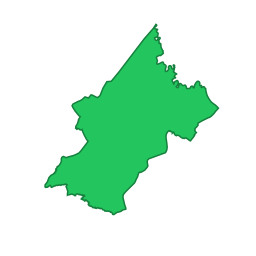 Lam Thamenchai, Nakhon Ratchasima, Thailand, rotated 39°
{"feature_id": "78962969B38997993614203", "entity_name": "Lam Thamenchai", "entity_type": "district", "adm_level": 2, "iso_a3": "THA", "parent_name": "Thailand", "parent_adm1": "Nakhon Ratchasima", "projection": "robinson", "projection_center": [102.907, 15.286], "detail": "fine", "context": "isolated", "style": "filled", "palette": "green", "viewbox_px": 256, "rotation_deg": 39, "n_neighbors": 0, "source": "geoboundaries", "source_scale": "gbopen_adm2", "svg_char_len": 5807}
<svg xmlns="http://www.w3.org/2000/svg" viewBox="0 0 256 256"><g transform="rotate(39 128 128)"><path d="M101.2,226.1L102.7,224.6L103.6,221.6L104.7,221.7L105.6,222.4L105.9,222.3L107.3,219.5L108.0,218.6L108.2,217.8L109.4,217.0L109.6,216.2L110.1,216.1L110.3,215.6L111.5,215.1L111.5,214.7L112.1,214.4L112.2,213.7L112.4,213.3L112.9,213.2L114.0,212.4L114.2,211.7L114.8,210.8L115.5,210.9L115.8,210.5L116.5,210.5L116.6,212.4L117.0,212.7L118.0,213.1L121.5,215.5L121.6,215.9L122.2,217.1L123.2,218.3L123.3,218.0L124.2,217.1L124.5,216.5L124.9,216.2L125.1,215.6L125.8,214.9L127.0,214.3L127.4,214.3L127.9,214.1L127.9,213.9L129.1,214.1L129.8,213.6L129.5,213.1L129.4,212.3L129.9,211.1L132.1,210.6L132.2,210.4L132.3,209.7L133.3,209.8L133.8,209.4L134.7,209.4L134.7,208.9L134.9,208.9L135.0,208.4L136.4,207.8L136.8,208.0L136.2,208.3L136.0,208.6L136.6,208.6L136.2,209.1L136.6,209.2L136.6,210.0L136.9,210.6L136.6,210.7L136.4,211.7L136.1,212.0L136.5,212.6L136.7,212.4L137.5,212.4L137.8,212.0L138.5,212.1L138.8,211.8L139.3,211.8L140.2,212.1L140.4,211.8L140.1,211.4L140.3,211.2L140.2,210.8L140.6,210.4L141.4,210.8L141.9,210.4L143.0,210.3L143.3,210.7L144.5,210.3L144.9,210.6L145.0,212.0L145.3,212.5L145.6,212.6L145.9,212.4L146.6,212.8L147.1,212.8L147.3,212.3L148.4,212.3L148.6,212.2L148.6,211.8L148.8,211.7L150.9,212.0L151.5,211.4L151.8,211.3L152.4,210.4L152.6,210.7L152.8,210.4L153.2,210.4L153.4,210.6L153.8,210.2L154.3,210.1L154.3,209.7L154.8,208.7L155.9,208.7L156.4,208.3L157.2,208.2L157.5,207.3L159.3,207.2L159.9,207.4L161.5,206.7L162.3,207.1L163.0,206.4L163.4,206.4L163.9,206.0L164.9,205.0L165.7,204.8L166.0,204.5L166.4,204.5L167.2,204.2L167.6,204.4L168.1,203.9L168.9,203.9L170.4,204.7L171.1,204.5L171.5,204.1L172.3,201.3L172.8,200.2L174.3,198.3L175.0,197.0L175.6,194.8L177.4,192.5L176.7,191.6L173.9,189.9L168.1,185.4L167.0,184.1L166.6,183.3L166.3,182.2L166.2,181.0L166.4,177.8L167.6,166.9L167.4,165.1L166.7,162.9L166.1,159.8L164.9,157.0L164.6,155.5L164.7,155.1L165.6,154.7L166.0,154.1L167.5,150.4L167.6,149.6L167.6,146.1L167.5,145.4L167.3,145.0L164.3,142.3L163.8,141.5L163.4,140.6L163.5,138.9L172.6,123.7L172.5,122.6L172.0,120.8L171.3,119.5L170.4,118.1L167.1,114.8L163.4,111.4L162.0,109.3L161.4,107.6L161.3,105.6L161.5,104.2L162.9,104.2L162.9,103.7L163.0,103.6L165.1,103.5L165.7,104.2L165.8,103.5L166.2,102.5L167.9,103.5L168.9,103.8L170.4,103.6L170.6,102.7L172.7,101.8L175.0,101.9L177.2,101.5L177.5,101.3L177.7,100.7L178.6,100.5L178.9,99.3L182.4,98.9L183.6,99.1L184.7,98.6L184.6,97.4L184.6,94.1L184.4,91.9L183.9,91.8L183.9,91.7L184.0,88.5L182.5,88.4L182.2,88.1L181.4,87.9L181.2,87.2L180.4,86.2L180.7,84.1L180.7,81.9L179.4,80.2L181.0,75.9L183.9,69.6L184.8,68.2L185.3,66.3L185.7,62.9L185.6,59.9L185.8,55.7L184.1,55.4L181.7,55.2L178.7,55.4L176.4,55.4L174.2,54.9L171.5,54.0L168.8,52.8L165.5,50.4L163.5,48.5L163.0,48.7L161.7,48.1L161.1,48.1L160.7,48.4L159.8,50.1L159.4,50.3L159.2,50.1L158.9,49.1L158.5,48.9L158.2,48.8L157.2,49.6L156.8,49.6L156.4,49.3L155.9,48.3L155.5,47.9L154.8,47.4L153.8,47.3L153.1,47.5L152.5,48.1L152.3,50.0L152.7,52.5L153.2,53.7L153.9,54.6L153.9,55.3L153.4,55.6L152.0,54.9L151.3,55.2L150.8,56.2L151.0,57.2L151.0,58.3L150.6,58.9L149.1,60.2L148.8,60.3L148.3,60.1L146.8,58.9L145.6,58.7L145.3,58.7L144.3,60.1L143.7,60.5L143.0,60.6L141.4,60.3L140.6,60.5L140.3,61.0L140.2,61.7L141.2,63.8L141.4,65.1L141.1,65.5L139.8,65.7L139.4,65.6L139.3,65.2L139.6,63.7L139.0,61.9L138.6,61.0L137.2,60.1L136.5,60.1L136.1,60.4L135.2,62.6L135.2,63.6L136.0,64.6L136.0,65.1L135.7,65.1L134.6,64.2L133.3,63.9L132.7,63.5L131.9,62.6L131.8,62.2L132.5,61.2L132.3,60.4L132.4,60.1L133.2,59.5L133.3,59.1L133.2,58.9L131.7,58.7L131.1,57.8L131.8,55.4L131.5,55.3L130.4,55.7L128.9,55.5L128.2,55.9L127.8,55.7L127.3,53.7L126.4,52.3L126.3,51.6L125.7,51.3L125.1,50.3L124.6,50.0L123.8,50.2L123.7,50.4L123.7,50.8L125.6,51.7L126.0,53.3L125.9,53.8L125.5,54.2L124.8,54.2L123.7,53.2L122.4,52.8L121.4,53.1L120.9,53.9L120.9,54.8L121.2,55.5L121.6,55.9L122.4,56.1L122.6,56.5L122.7,59.0L121.8,60.3L121.2,60.2L120.5,59.5L119.0,56.4L118.4,55.7L117.6,55.5L115.8,55.8L115.2,55.6L114.5,55.0L113.8,54.8L113.2,55.1L112.0,57.8L111.1,59.4L110.6,59.9L110.0,60.0L109.4,59.4L108.9,57.8L108.4,57.1L106.2,55.8L105.7,55.3L105.6,54.8L105.8,53.8L106.7,51.9L107.9,51.0L107.9,50.1L108.2,49.5L108.2,48.7L108.5,48.0L108.4,47.6L107.4,47.1L107.0,46.3L106.5,45.9L105.4,45.7L102.7,44.3L100.6,42.0L99.8,41.9L99.0,42.6L98.6,42.6L98.1,41.6L96.7,40.5L96.7,38.8L96.4,37.9L96.2,37.7L95.7,37.7L94.4,38.9L94.5,39.2L95.1,39.5L95.3,39.8L95.4,41.3L95.2,42.0L94.7,42.2L93.7,42.3L92.4,41.7L92.0,41.3L92.0,40.9L92.8,39.9L93.4,38.1L92.0,35.7L91.2,35.2L89.8,35.3L89.4,35.0L89.0,34.4L89.1,33.2L88.9,32.8L88.4,32.9L87.1,33.8L86.4,33.7L85.8,33.4L85.4,33.1L85.4,32.7L85.8,31.3L85.8,30.2L85.4,29.9L84.5,29.9L85.0,34.7L84.5,48.3L85.7,90.0L85.6,101.0L85.6,102.0L85.2,102.6L82.4,105.3L83.5,112.7L85.6,119.5L85.8,120.2L85.8,121.0L85.4,122.8L85.0,123.5L84.4,123.9L79.9,124.8L78.4,125.5L78.4,129.5L75.0,130.9L74.4,134.7L73.8,136.5L72.3,139.2L70.2,143.9L70.5,145.9L72.4,146.8L76.2,148.1L82.0,149.3L83.7,149.2L84.4,153.1L84.8,153.2L86.1,157.0L86.3,157.6L86.2,158.5L86.5,159.6L87.4,161.0L87.8,160.6L88.3,160.7L88.6,161.2L89.1,161.2L89.3,160.7L89.3,159.9L89.9,159.8L90.1,159.6L91.8,159.6L92.0,159.3L92.6,159.2L93.2,158.7L93.3,158.1L95.2,159.4L98.8,161.2L103.1,163.0L105.3,163.5L105.5,165.5L105.8,175.4L105.6,178.3L103.9,182.0L102.8,183.9L99.2,188.9L98.9,189.6L98.7,189.9L95.7,190.8L95.2,191.8L95.1,192.4L95.6,194.0L96.9,195.5L97.5,196.8L97.9,199.1L98.0,200.9L97.8,201.8L97.6,201.8L97.3,202.6L97.8,202.9L97.7,205.2L98.4,206.0L98.8,205.6L98.9,205.8L98.7,206.8L99.0,207.1L99.0,207.4L99.3,207.5L99.0,207.9L99.0,208.5L99.2,208.8L99.5,209.0L99.4,209.6L99.0,209.6L98.9,210.9L97.9,213.3L97.8,216.4L99.1,220.2L99.3,221.3L99.3,224.1L99.5,224.5L100.3,225.7L101.2,226.1Z" fill="#22c55e" stroke="#15803d" stroke-width="1.5"/></g></svg>